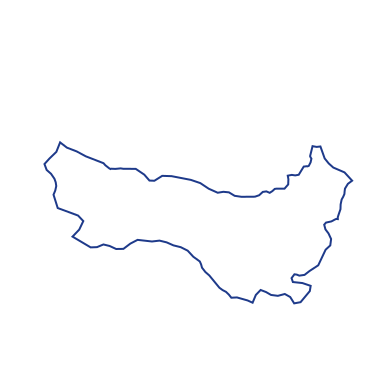 the Province of Erzincan, rotated 200°
{"feature_id": "TUR-2300", "entity_name": "Erzincan", "entity_type": "Province", "adm_level": 1, "iso_a3": "TUR", "parent_name": "Turkey", "parent_adm1": "", "projection": "albers", "projection_center": [39.186, 39.548], "detail": "fine", "context": "isolated", "style": "outline", "palette": "blue", "viewbox_px": 384, "rotation_deg": 200, "n_neighbors": 0, "source": "natural_earth", "source_scale": "10m", "svg_char_len": 1821}
<svg xmlns="http://www.w3.org/2000/svg" viewBox="0 0 384 384"><g transform="rotate(200 192 192)"><path d="M94.0,123.4L96.8,117.1L97.2,108.7L102.7,109.1L113.7,108.3L118.9,106.1L122.3,108.2L125.9,109.8L129.7,110.3L133.5,111.4L147.2,119.5L152.1,121.4L156.7,124.3L158.7,127.1L160.9,129.4L168.6,131.6L176.0,135.4L183.7,136.3L191.2,135.5L198.6,136.0L205.9,135.2L212.7,131.8L226.8,128.4L232.3,122.4L237.0,115.1L243.8,112.5L251.0,113.1L257.3,112.4L262.4,107.7L268.3,105.3L289.0,109.2L285.1,118.1L284.2,127.5L291.0,130.9L312.7,131.0L321.2,142.1L321.0,146.6L321.6,151.2L323.4,154.5L325.8,157.4L330.7,160.9L336.1,163.0L340.2,167.8L337.4,174.7L333.2,183.3L332.9,193.5L324.7,190.9L314.3,190.7L304.0,189.2L285.0,188.8L282.6,187.5L277.8,185.9L276.4,185.7L276.0,186.2L271.9,187.5L267.1,189.8L264.5,190.3L252.8,194.5L242.8,192.0L235.9,188.2L231.2,189.7L225.5,197.0L216.6,199.9L197.2,203.0L187.2,203.2L177.4,200.8L167.6,200.1L162.6,202.9L157.2,204.3L150.6,203.0L143.9,204.4L131.3,209.1L127.8,211.9L125.5,216.3L122.3,218.0L118.7,217.8L116.8,220.3L115.3,223.2L113.8,224.0L106.2,226.8L104.2,232.0L105.8,237.0L107.6,240.1L104.1,242.2L100.7,242.9L97.6,244.7L95.7,254.1L92.9,255.5L92.2,255.6L91.2,256.5L90.7,260.4L91.2,264.2L92.3,265.0L93.3,266.1L94.4,276.3L90.3,277.0L86.9,278.7L78.8,268.9L73.3,265.6L67.6,263.3L55.4,262.6L45.4,257.4L48.3,253.0L49.4,247.5L48.8,244.8L48.1,242.2L48.3,239.1L48.8,236.2L48.1,231.2L46.6,226.6L46.5,221.0L46.4,218.2L45.7,216.4L47.3,216.0L48.5,214.8L49.7,213.4L51.0,212.0L55.6,209.1L56.6,206.5L53.8,202.5L49.6,199.8L45.2,195.4L43.8,189.1L46.7,183.5L48.3,166.3L54.5,158.0L57.9,152.6L62.6,150.1L65.2,150.2L67.6,149.7L69.0,145.1L66.4,141.9L57.1,144.2L48.4,144.4L47.4,139.2L52.3,125.6L57.9,122.3L63.8,126.9L69.9,127.9L75.8,123.8L82.5,122.3L88.2,123.3L94.0,123.4Z" fill="none" stroke="#1e3a8a" stroke-width="2"/></g></svg>